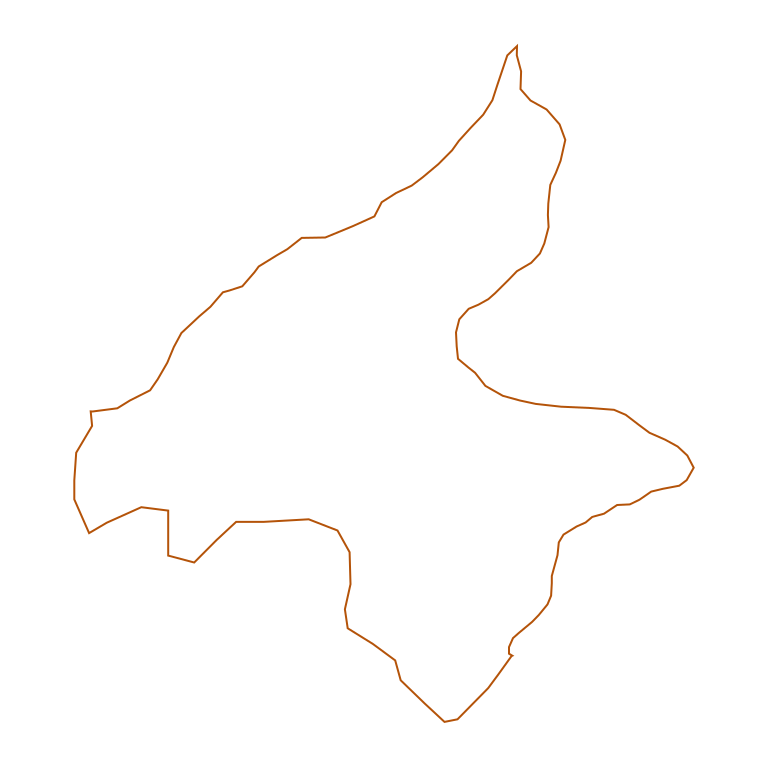 Agsu District, Ağsu, Azerbaijan (Robinson projection)
{"feature_id": "54616110B12323901372431", "entity_name": "Agsu District", "entity_type": "district", "adm_level": 2, "iso_a3": "AZE", "parent_name": "Azerbaijan", "parent_adm1": "Ağsu", "projection": "robinson", "projection_center": [48.44, 40.562], "detail": "fine", "context": "isolated", "style": "outline", "palette": "amber", "viewbox_px": 768, "rotation_deg": 0, "n_neighbors": 0, "source": "geoboundaries", "source_scale": "gbopen_adm2", "svg_char_len": 1709}
<svg xmlns="http://www.w3.org/2000/svg" viewBox="0 0 768 768"><path d="M517.0,46.1L507.3,55.4L497.3,85.1L492.4,100.2L483.2,114.7L470.7,127.8L458.9,140.8L452.1,150.3L438.4,164.1L422.8,177.2L411.7,185.6L396.1,193.0L381.7,202.2L374.4,216.4L352.7,226.2L325.3,237.5L301.7,237.9L287.3,249.2L277.0,255.2L258.7,266.5L254.5,272.2L242.3,286.3L229.4,290.5L222.9,292.3L210.4,306.8L199.3,316.3L181.4,333.0L173.8,347.1L167.3,362.7L157.7,379.3L150.1,390.3L129.9,400.5L117.3,408.3L92.6,411.5L90.7,411.4L92.1,425.9L76.2,452.7L74.3,480.4L74.3,499.4L89.1,533.1L106.8,522.7L141.3,507.2L168.2,510.6L168.2,529.7L168.2,555.6L194.2,562.5L216.6,540.0L236.1,521.9L263.1,521.9L308.7,519.3L337.5,530.5L349.6,552.2L350.5,584.2L344.9,609.3L347.7,628.3L372.8,643.9L395.2,660.4L400.7,680.3L424.9,703.7L444.5,721.9L454.0,720.0L457.5,719.3L488.2,688.1L498.5,674.2L511.5,656.1L512.3,655.7L509.0,653.7L509.0,647.1L513.0,638.1L519.0,632.8L532.1,621.9L538.8,615.0L547.5,604.4L551.1,595.7L551.8,583.2L551.8,576.0L557.5,555.2L558.8,542.4L563.5,534.6L576.6,526.5L585.6,522.5L592.3,516.9L604.0,513.7L617.1,505.0L629.8,504.4L639.5,499.7L651.2,491.6L662.9,488.8L679.3,485.7L686.7,480.1L693.7,467.7L687.3,455.5L677.6,446.5L665.2,439.7L649.5,432.8L639.4,425.3L625.7,414.8L614.0,409.8L588.9,407.9L561.1,406.7L535.7,403.9L519.9,400.5L502.8,395.8L485.4,385.9L475.1,372.8L468.4,367.5L458.0,358.8L456.7,346.4L456.0,332.4L459.3,319.3L468.7,308.8L478.4,304.7L488.4,299.1L495.1,293.2L508.8,279.6L516.9,271.2L531.2,262.8L539.9,253.5L544.3,243.5L548.6,227.1L547.9,215.0L548.3,203.5L550.3,184.9L555.9,172.8L560.6,160.7L565.3,139.9L559.6,124.4L546.6,109.5L530.5,100.5L520.5,89.1L521.1,71.4L516.8,55.3L517.0,46.1Z" fill="none" stroke="#b45309" stroke-width="2"/></svg>